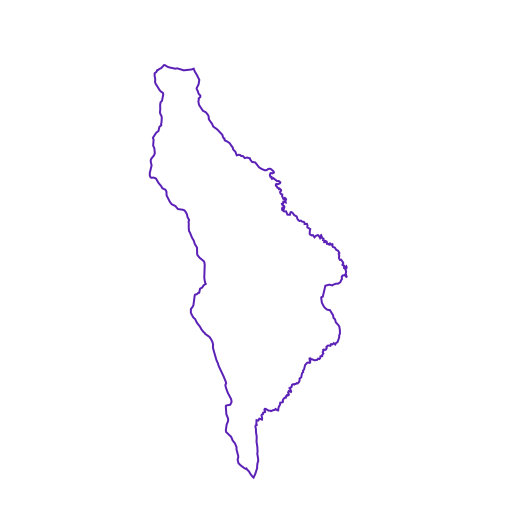 Cañasgordas, Antioquia, Colombia, rotated 162°
{"feature_id": "7082276B88320735192302", "entity_name": "Cañasgordas", "entity_type": "district", "adm_level": 2, "iso_a3": "COL", "parent_name": "Colombia", "parent_adm1": "Antioquia", "projection": "equal_earth", "projection_center": [-76.052, 6.813], "detail": "fine", "context": "isolated", "style": "outline", "palette": "violet", "viewbox_px": 512, "rotation_deg": 162, "n_neighbors": 0, "source": "geoboundaries", "source_scale": "gbopen_adm2", "svg_char_len": 6125}
<svg xmlns="http://www.w3.org/2000/svg" viewBox="0 0 512 512"><g transform="rotate(162 256 256)"><path d="M181.3,207.6L181.0,209.5L179.7,210.7L178.3,210.4L177.1,210.7L176.9,208.8L176.5,208.2L176.2,208.3L176.2,211.2L175.0,213.6L175.2,215.8L173.8,216.3L173.2,217.6L173.3,218.4L175.3,217.5L175.9,217.6L175.3,219.7L176.5,220.5L176.4,221.2L175.4,222.0L175.1,222.7L176.2,226.2L177.4,226.4L177.7,228.2L177.6,229.0L176.7,230.5L176.8,232.3L175.8,233.0L176.3,235.6L177.8,237.1L178.4,239.6L180.1,240.9L180.2,242.6L179.7,243.2L179.7,243.6L180.9,243.5L181.4,244.8L182.0,245.2L182.4,245.1L182.7,244.1L182.9,244.1L183.5,245.1L184.7,245.6L184.3,247.8L184.7,248.3L185.3,248.4L186.1,247.8L186.8,248.1L185.9,249.3L187.3,250.3L186.5,251.8L187.5,252.6L187.6,255.7L188.0,255.6L188.7,253.9L189.5,253.2L189.7,254.6L190.6,256.8L192.7,256.7L194.6,255.7L195.4,258.3L196.7,258.4L198.0,259.8L198.1,260.5L197.3,262.7L196.1,264.9L198.2,267.2L198.2,267.9L197.6,269.1L197.6,270.8L199.9,271.4L199.6,272.6L200.0,273.7L201.5,274.4L202.4,275.8L203.8,275.9L204.5,276.7L205.1,278.2L205.1,281.0L207.1,283.2L207.8,285.5L208.6,286.7L209.1,287.0L209.7,286.8L211.1,284.7L213.3,285.6L213.6,289.1L215.6,289.8L216.9,291.8L216.6,292.9L216.0,293.8L215.5,293.7L214.9,292.3L213.8,293.9L213.8,294.7L215.2,296.6L215.2,297.6L214.1,297.5L213.3,299.1L211.2,297.7L211.0,299.3L209.8,300.7L210.6,302.4L211.1,302.3L211.9,301.1L212.3,301.6L212.7,304.9L212.0,306.4L212.8,306.9L213.3,307.7L213.4,309.4L211.9,310.4L211.8,311.0L212.4,312.3L213.5,312.4L213.4,313.6L214.5,314.2L214.7,315.7L215.4,316.7L215.2,317.5L214.5,318.2L212.8,317.5L210.7,317.8L210.1,318.6L211.2,320.3L212.8,320.7L215.5,324.8L216.9,324.4L217.2,325.2L216.8,326.5L217.9,327.0L217.8,328.7L216.8,330.1L216.1,330.3L214.8,329.5L213.2,329.8L213.1,330.4L213.6,331.9L214.9,334.0L216.0,334.8L217.5,335.0L219.3,334.4L221.0,334.7L223.8,337.1L225.7,339.4L227.8,345.2L230.7,346.7L231.7,349.5L231.6,350.8L234.1,352.4L236.4,352.6L237.6,355.1L239.3,355.8L239.9,357.0L241.2,357.6L243.2,357.7L243.4,361.5L244.8,364.4L244.6,366.7L245.0,367.3L246.2,371.5L248.1,373.9L250.0,375.6L249.7,377.5L250.3,377.8L250.7,379.6L250.5,381.1L250.9,382.3L253.7,388.3L256.7,392.4L256.9,395.1L258.6,400.5L257.9,403.6L258.2,405.4L259.3,408.2L261.6,410.5L263.3,416.4L263.4,418.0L263.0,421.0L262.0,422.5L261.8,423.6L260.0,424.3L259.4,425.4L259.5,426.2L260.2,427.3L260.5,429.0L260.4,431.2L260.8,432.6L260.7,433.8L257.5,437.1L255.5,441.0L256.3,446.5L257.2,450.4L257.4,453.4L259.6,453.3L267.3,454.9L272.9,458.8L274.9,459.1L280.1,462.1L281.7,463.3L283.6,465.6L284.5,466.0L288.2,463.9L290.0,463.8L291.8,463.1L292.5,463.3L293.6,462.0L295.9,461.1L296.8,458.7L297.0,456.4L297.4,454.6L298.2,452.8L298.3,451.3L296.4,443.5L295.6,441.7L294.2,440.1L294.2,438.5L297.4,432.7L299.3,431.6L300.4,429.5L301.9,424.6L302.9,422.5L303.1,420.7L302.7,418.9L302.8,416.8L304.7,412.0L305.5,410.9L305.7,409.6L307.9,408.7L310.1,405.1L312.9,404.0L317.5,400.3L317.5,398.1L319.7,392.8L319.4,389.7L320.5,385.0L321.8,383.3L325.4,381.0L326.4,379.8L327.0,378.1L327.3,374.4L331.3,367.9L332.2,365.1L331.9,363.2L331.0,362.6L329.3,362.3L327.2,360.6L326.2,355.8L324.6,351.8L324.1,349.3L321.9,347.3L321.5,346.5L321.3,344.9L322.3,341.3L321.2,334.2L320.2,331.3L317.3,328.5L315.8,324.8L311.1,322.5L309.9,321.4L309.2,319.4L308.8,317.0L309.1,314.5L308.5,310.8L309.6,309.4L309.9,307.6L311.2,303.9L312.0,300.4L311.6,298.8L311.2,293.2L310.4,289.6L310.5,286.4L309.5,282.2L311.3,276.3L311.4,274.9L310.2,271.8L307.2,267.1L307.1,265.7L307.5,263.5L311.9,251.4L312.4,248.5L312.6,245.7L312.4,245.0L314.9,244.3L316.8,242.7L319.3,242.2L321.4,238.6L322.3,238.8L324.1,237.9L325.8,238.1L326.3,237.8L330.7,228.6L332.3,227.0L334.2,225.8L335.4,222.6L335.4,221.1L334.7,217.1L333.4,214.7L332.8,210.7L331.2,206.3L330.5,202.9L329.3,199.7L328.6,198.8L328.4,197.6L325.3,193.5L324.5,190.8L324.0,187.7L324.2,184.9L325.1,182.8L325.4,180.8L325.8,169.4L325.4,165.5L325.5,163.1L324.0,151.3L323.6,145.9L323.8,144.0L324.8,143.1L325.1,142.4L325.3,139.6L325.1,134.6L323.9,127.7L324.1,125.7L324.5,124.5L326.5,122.5L330.4,123.0L331.1,122.6L333.1,114.7L332.8,110.1L333.0,109.0L333.9,107.2L335.8,105.0L336.5,103.8L338.6,99.4L338.8,97.8L335.5,91.7L335.2,87.7L333.9,84.3L333.6,80.3L334.3,78.1L334.7,71.4L335.2,69.8L336.4,68.1L336.7,64.3L335.1,61.3L332.6,57.8L331.4,56.6L330.7,56.8L330.5,55.7L329.2,53.2L328.7,50.5L327.4,47.0L326.8,46.0L324.1,48.9L320.5,53.9L319.7,56.2L318.3,59.0L317.4,60.0L316.6,62.7L315.9,67.5L315.0,69.3L313.7,74.1L312.9,79.2L311.2,83.8L310.4,88.6L309.5,91.6L309.4,93.5L308.7,95.0L307.5,95.1L307.5,96.4L306.2,99.7L304.6,98.8L303.1,100.3L300.9,98.6L300.3,99.9L300.0,102.8L299.6,103.3L298.3,103.4L297.6,104.8L295.6,104.8L295.4,105.7L295.5,107.3L294.8,107.9L294.1,107.7L291.8,105.0L290.3,104.5L289.6,103.8L287.2,104.1L285.9,103.8L284.7,104.5L283.2,102.5L282.6,102.3L281.8,104.2L281.0,105.4L279.2,107.1L278.3,109.0L275.8,108.7L275.3,109.3L275.1,110.5L273.7,111.8L272.3,112.4L271.5,112.0L270.4,113.7L269.3,114.2L269.0,114.1L269.1,113.5L268.0,113.6L267.5,114.3L267.7,116.2L266.6,117.4L264.8,115.9L264.4,116.4L264.4,117.4L264.9,119.7L264.3,119.6L264.0,120.3L262.7,120.4L261.5,122.4L260.3,122.6L259.4,121.9L258.8,122.3L257.9,122.0L256.7,122.5L255.9,121.9L254.0,122.9L252.8,124.6L252.4,126.0L250.5,126.6L248.5,130.2L247.0,131.1L246.7,132.4L245.3,133.4L243.0,137.1L240.3,138.7L239.3,138.6L238.3,137.8L237.5,137.9L236.9,139.3L237.1,139.8L236.7,140.3L237.0,140.8L236.7,142.0L236.0,141.9L235.2,140.6L234.5,140.4L232.7,138.8L230.0,138.3L228.7,139.2L227.6,138.4L226.7,138.9L225.6,140.7L224.0,140.3L223.6,141.4L222.1,142.4L222.3,143.9L221.3,144.8L221.1,146.0L220.3,146.1L219.1,145.3L218.4,145.4L217.3,146.4L217.2,147.7L216.4,147.9L215.7,148.6L213.8,148.2L213.0,147.6L211.8,149.0L210.6,148.3L209.0,149.1L208.0,147.4L206.9,148.4L205.0,149.0L202.1,152.8L201.3,155.0L200.2,156.1L199.2,159.3L198.6,162.8L199.0,164.8L200.6,168.3L200.4,171.3L201.4,173.2L201.0,176.0L202.5,181.8L204.4,182.6L205.4,183.6L206.6,185.7L207.1,187.1L207.8,191.2L206.9,196.2L206.4,196.7L205.2,196.6L204.8,197.1L199.2,206.3L195.1,206.1L192.6,204.5L191.1,204.9L188.3,204.9L186.4,204.3L183.8,205.1L182.4,206.8L181.3,207.6Z" fill="none" stroke="#5b21b6" stroke-width="2"/></g></svg>